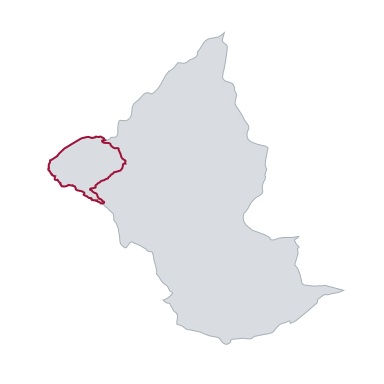 Vakaga highlighted on a map of Central African Republic, rotated 264°
{"feature_id": "CAF-812", "entity_name": "Vakaga", "entity_type": "Prefecture", "adm_level": 1, "iso_a3": "CAF", "parent_name": "Central African Republic", "parent_adm1": "", "projection": "equal_earth", "projection_center": [21.98, 9.792], "detail": "fine", "context": "in_parent", "style": "outline", "palette": "rose", "viewbox_px": 384, "rotation_deg": 264, "n_neighbors": 0, "source": "natural_earth", "source_scale": "10m", "svg_char_len": 7841}
<svg xmlns="http://www.w3.org/2000/svg" viewBox="0 0 384 384"><g transform="rotate(264 192 192)"><path d="M266.7,125.6L270.2,126.8L270.8,128.3L269.8,133.0L270.5,135.9L272.5,138.4L274.5,139.5L276.4,140.1L283.1,141.6L285.9,143.4L289.6,148.9L294.2,154.0L295.4,156.6L295.2,159.1L293.8,162.0L294.0,163.2L296.1,166.2L298.6,169.2L303.0,172.6L310.7,177.9L314.3,181.4L315.5,184.1L317.5,187.0L320.2,189.6L322.1,191.7L320.8,197.5L321.2,199.4L321.9,201.0L323.5,203.3L324.2,206.2L325.8,209.9L327.7,211.6L330.9,212.2L332.5,213.9L336.0,216.8L339.4,219.3L340.9,221.1L341.8,222.6L342.5,224.4L342.9,226.2L343.0,230.1L343.6,235.0L345.4,238.3L347.1,240.8L340.2,238.0L339.2,237.9L338.0,238.4L334.4,241.9L333.2,242.3L328.7,241.6L317.7,238.8L309.2,236.2L306.7,235.2L302.2,234.3L299.2,236.1L296.4,242.3L295.6,243.6L291.2,245.4L289.1,244.9L284.0,246.6L276.2,244.0L273.4,244.5L271.2,245.8L265.5,248.7L262.1,250.3L258.1,251.7L254.3,254.0L251.8,255.2L249.3,255.2L247.0,253.9L244.5,252.8L241.6,252.6L238.5,253.3L235.9,255.7L234.9,257.5L232.6,262.2L229.9,269.9L228.9,271.4L227.9,272.2L215.6,268.4L210.3,267.5L206.8,268.7L202.3,266.6L200.3,266.2L199.4,266.9L196.9,265.9L192.8,263.3L188.9,262.2L185.5,262.5L183.3,261.7L181.6,259.1L179.4,254.5L175.4,249.8L170.0,246.1L166.7,243.3L165.4,241.5L162.5,240.4L158.0,240.2L153.8,242.1L147.7,247.9L142.0,259.7L138.8,264.3L136.3,265.4L135.7,268.3L136.9,272.8L137.2,278.1L136.3,287.0L136.7,293.4L135.3,292.4L134.0,289.4L133.4,288.8L129.7,290.1L127.7,291.4L126.7,292.6L125.9,292.7L124.7,291.1L123.8,290.8L122.3,291.1L120.8,291.1L119.8,290.8L119.2,291.0L117.4,290.0L111.0,287.5L109.9,286.7L108.6,286.8L105.2,288.9L103.5,289.6L98.1,290.9L92.4,291.6L90.3,291.6L88.8,292.6L87.8,293.9L86.0,302.1L85.5,303.5L85.6,305.6L85.1,312.2L85.3,314.3L78.4,332.4L77.3,329.4L76.6,325.9L76.4,321.8L76.5,320.7L76.1,319.5L75.5,316.2L76.1,314.1L75.6,311.8L74.3,309.6L73.1,307.9L72.4,306.4L71.8,305.8L70.5,305.5L68.7,304.8L61.2,294.1L53.3,282.2L51.7,278.3L51.1,276.1L53.0,275.8L53.5,275.4L53.5,274.4L52.3,271.3L51.8,267.4L50.8,265.0L47.7,261.4L44.8,258.6L43.9,257.2L43.3,255.1L42.2,242.2L41.8,238.6L40.8,237.0L40.2,236.2L39.9,235.3L40.0,233.0L40.4,231.0L40.4,230.2L41.2,228.4L41.3,216.5L40.3,214.8L38.6,214.8L37.6,213.1L36.9,210.9L37.1,209.3L38.8,206.9L40.0,206.0L43.3,204.1L44.3,203.1L44.9,201.9L45.3,200.4L47.2,194.2L50.2,188.1L51.4,186.9L54.4,177.9L55.1,175.6L55.6,173.3L56.5,171.5L59.7,168.4L62.2,163.1L64.8,163.4L67.5,164.2L70.9,164.7L73.6,163.6L75.3,161.5L83.7,158.0L84.3,155.1L85.6,153.6L87.1,152.3L87.7,152.1L87.8,153.1L88.7,156.0L90.6,159.0L93.3,162.2L94.1,162.0L95.9,159.6L100.2,158.0L101.3,157.4L104.4,153.8L108.1,151.5L110.3,150.7L114.0,148.3L116.7,148.6L121.0,148.3L128.1,147.1L133.3,146.8L135.9,146.3L136.5,145.8L137.5,142.4L138.3,141.4L140.2,140.0L144.1,134.8L146.6,130.4L147.3,128.8L147.8,128.6L148.9,126.7L147.8,124.8L143.6,120.9L143.7,120.4L143.4,119.7L143.7,119.2L145.3,117.6L147.5,115.8L149.8,115.2L155.9,115.3L161.1,114.9L162.3,115.0L166.3,114.1L169.1,113.3L171.9,111.4L178.3,111.6L183.7,106.9L185.2,106.0L185.9,105.3L186.1,104.5L188.6,102.7L191.4,98.8L193.6,95.3L194.3,92.8L200.3,84.4L202.4,84.6L203.5,83.6L205.9,78.0L206.6,77.0L209.1,76.0L210.3,74.3L211.3,71.9L211.3,68.8L210.9,66.4L210.9,65.2L211.4,64.1L212.4,63.0L217.0,60.0L218.2,58.6L218.9,57.3L220.1,57.0L221.6,57.2L222.4,56.4L223.4,55.0L226.6,53.2L229.6,51.7L232.7,52.3L238.3,54.2L240.0,58.1L240.8,59.5L247.7,69.0L249.1,71.2L252.5,78.0L254.6,82.6L257.0,89.3L257.3,92.9L257.0,96.0L256.5,104.8L255.9,107.3L252.8,112.0L252.7,114.1L253.3,115.9L254.3,116.6L254.8,117.5L254.5,121.6L255.6,123.2L257.9,124.3L263.7,125.0L266.7,125.6Z" fill="#d9dde1" stroke="#a8b0b8" stroke-width="1"/><path d="M238.3,54.2L238.4,55.1L241.7,61.6L244.2,63.9L248.5,69.5L252.5,78.0L256.5,86.6L257.0,88.0L257.7,93.5L257.6,94.8L257.3,95.7L256.4,97.5L256.1,98.4L256.1,98.8L256.3,99.6L256.4,100.0L256.4,101.0L256.4,101.3L256.6,101.7L256.8,101.7L256.9,101.8L257.1,102.0L257.1,102.3L256.5,104.8L256.4,105.3L256.7,106.3L256.7,106.8L256.5,107.2L256.2,107.5L255.3,109.0L254.8,109.7L254.5,110.0L254.1,110.1L253.3,110.0L253.0,110.2L252.7,110.7L252.5,110.1L252.4,109.3L252.6,108.6L252.7,108.3L252.6,108.1L252.2,107.9L251.9,108.0L251.6,108.0L251.3,108.2L251.0,108.3L250.8,108.6L250.6,108.8L250.4,109.2L250.2,109.7L250.0,110.3L249.5,113.8L249.3,114.4L249.2,114.8L248.8,115.3L248.5,115.7L248.3,115.8L248.1,115.9L247.9,116.0L247.0,116.1L246.5,116.3L246.0,116.7L244.4,118.4L243.9,119.0L243.6,119.8L243.5,121.8L243.4,122.6L243.1,123.3L242.9,123.5L242.6,123.6L241.9,123.4L241.7,123.4L237.2,124.9L234.2,125.4L233.3,125.8L232.1,126.7L231.7,127.1L230.4,128.8L230.2,129.0L229.9,129.1L229.6,129.1L229.4,129.0L228.5,128.6L228.2,128.6L227.9,128.6L227.7,128.7L227.2,128.8L227.2,127.6L227.2,127.3L227.2,126.9L227.0,126.6L226.8,126.4L226.4,126.2L224.6,125.8L223.3,125.3L222.9,125.1L221.1,123.4L220.8,122.8L220.6,122.0L219.9,117.9L219.9,117.0L219.9,116.7L219.7,116.4L218.6,115.4L218.3,114.9L218.1,114.4L218.0,113.9L217.9,113.6L217.7,113.3L217.5,113.1L216.6,112.4L216.3,112.0L215.7,111.0L215.4,110.7L215.2,110.4L214.5,110.0L214.3,109.7L214.2,109.4L213.7,107.4L213.5,106.9L213.3,106.5L213.1,106.3L213.0,106.0L212.9,105.6L212.6,103.5L212.5,102.9L212.3,102.5L211.5,101.6L211.2,101.2L211.0,100.8L211.0,100.5L210.8,99.8L210.7,99.6L209.3,97.9L209.1,97.5L208.9,97.1L208.7,96.8L208.4,96.6L207.8,96.6L207.2,96.7L206.8,96.7L206.6,96.5L206.5,96.4L206.4,96.1L206.4,95.8L206.4,95.2L206.3,94.8L206.1,93.7L206.1,93.3L206.1,92.9L206.1,92.3L206.1,92.1L206.1,91.8L205.9,91.4L205.8,91.2L205.6,91.0L205.0,90.9L204.9,90.9L204.8,91.0L204.6,91.2L204.6,91.4L204.4,91.8L204.3,92.1L204.2,92.2L204.0,92.4L203.8,92.5L203.7,92.6L203.3,92.8L203.0,93.0L202.5,93.5L202.0,94.2L201.5,94.7L201.4,94.9L201.3,95.1L201.2,95.4L201.1,95.7L201.0,95.9L201.0,96.0L200.8,96.2L200.6,96.4L200.3,96.7L200.3,96.8L200.1,97.0L199.0,97.4L198.6,97.5L198.1,97.5L197.8,97.6L197.2,97.8L196.9,97.9L196.5,98.0L196.1,98.2L195.3,98.9L194.8,99.5L194.6,99.7L194.5,99.8L194.5,100.0L194.4,100.5L194.2,100.8L193.9,101.2L193.8,101.3L193.5,101.4L193.2,101.4L192.5,101.7L192.4,101.8L192.3,102.0L192.1,102.4L192.1,102.5L191.9,102.7L191.6,103.3L191.4,103.5L191.2,103.5L190.8,103.4L190.3,103.2L189.7,102.3L189.6,102.2L189.7,102.3L189.9,102.3L190.0,101.7L190.1,100.8L190.2,100.1L190.8,99.8L191.0,99.6L191.9,98.2L192.1,97.7L192.2,97.4L192.5,97.2L193.0,96.8L193.1,96.5L193.1,96.2L193.3,96.1L193.6,96.3L193.6,95.9L193.4,95.7L193.4,95.4L193.8,95.3L193.9,94.9L194.0,93.8L194.0,93.3L194.4,92.4L194.4,91.8L194.5,91.7L194.8,91.4L195.0,91.2L195.3,91.1L195.5,91.4L195.6,91.5L195.8,91.4L195.9,91.2L196.2,90.8L196.3,90.8L196.5,90.9L196.6,90.7L196.6,90.3L196.6,90.2L196.9,89.0L197.2,88.4L198.5,87.3L198.7,87.2L198.8,86.7L198.9,86.3L200.2,84.4L200.5,84.0L200.8,84.3L201.8,84.8L202.1,84.9L202.9,84.5L203.7,83.4L204.4,82.1L205.6,78.3L206.3,77.2L207.0,76.6L207.5,76.7L207.8,76.8L208.1,76.7L208.9,76.4L209.1,76.3L209.7,76.1L210.0,75.6L210.2,75.0L210.4,74.4L210.6,74.2L210.9,74.2L211.1,74.1L211.2,73.8L211.2,73.5L211.1,73.1L211.1,72.7L211.2,72.1L211.9,70.4L211.7,70.2L211.8,69.8L211.8,69.5L211.6,69.3L211.2,68.6L211.1,68.3L211.1,67.8L210.8,66.6L210.8,65.9L210.8,65.3L211.1,64.4L211.1,63.7L211.2,63.2L211.6,62.9L212.0,62.8L212.3,62.7L212.5,62.6L212.6,62.4L212.7,62.2L213.0,62.1L213.6,61.9L213.9,61.8L214.3,62.2L214.6,62.2L214.8,61.9L215.3,61.2L216.1,60.6L216.5,60.3L217.9,59.8L218.2,59.5L218.0,58.8L218.1,58.3L218.3,57.7L218.5,57.1L219.0,56.8L221.0,57.1L221.4,57.0L222.0,57.5L222.3,56.8L222.6,55.8L223.3,55.1L223.5,54.6L223.9,54.3L224.2,54.5L224.4,54.5L224.7,54.3L225.1,53.8L225.4,53.5L225.9,53.3L226.4,53.1L226.5,53.1L227.1,52.9L227.5,52.8L227.8,52.5L228.2,51.9L228.5,51.7L228.8,51.6L229.2,51.7L229.5,51.8L229.8,51.9L230.0,51.6L230.5,52.2L231.0,52.3L231.5,52.1L232.1,52.0L232.3,52.1L232.8,52.4L233.0,52.4L233.8,52.4L234.1,52.4L234.9,52.7L235.5,53.4L237.0,54.0L238.3,54.2Z" fill="none" stroke="#9f1239" stroke-width="2"/></g></svg>